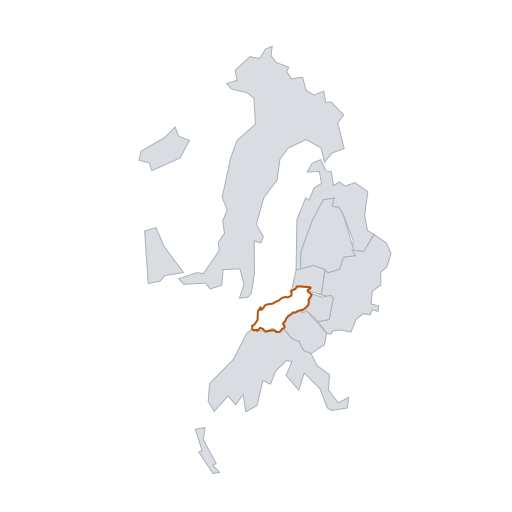 Albania highlighted among its neighbors, rotated 61°
{"feature_id": "ALB", "entity_name": "Albania", "entity_type": "country or territory", "adm_level": 0, "iso_a3": "ALB", "parent_name": "Europe", "parent_adm1": "", "projection": "mercator", "projection_center": [20.103, 41.151], "detail": "fine", "context": "with_neighbors", "style": "outline", "palette": "amber", "viewbox_px": 512, "rotation_deg": 61, "n_neighbors": 8, "source": "natural_earth", "source_scale": "50m", "svg_char_len": 4806}
<svg xmlns="http://www.w3.org/2000/svg" viewBox="0 0 512 512"><g transform="rotate(61 256 256)"><path d="M427.6,392.7L425.4,399.1L399.7,401.0L399.9,397.4L378.1,393.1L381.4,383.8L391.1,391.2L418.3,391.5L417.9,395.3L427.6,392.7ZM368.0,255.1L381.2,255.8L395.5,249.3L408.1,257.6L424.3,255.4L424.5,243.5L433.2,249.8L427.7,264.7L423.4,267.3L403.3,264.4L381.6,270.5L394.0,283.7L375.0,287.5L365.6,275.5L362.2,280.6L366.2,294.6L375.1,305.4L368.4,310.4L387.2,327.6L387.4,340.4L370.9,334.4L376.2,345.9L364.9,348.3L371.6,367.9L359.8,368.2L345.1,358.5L335.3,325.5L319.2,301.9L318.0,295.4L326.3,284.1L327.4,276.5L333.2,273.1L333.5,266.9L345.2,264.8L352.0,259.6L361.7,260.1L368.0,255.1Z" fill="#d9dde1" stroke="#a8b0b8" stroke-width="1"/><path d="M254.0,127.0L273.0,141.2L287.8,146.2L294.4,142.3L304.4,159.5L297.6,169.0L289.5,163.4L261.8,159.6L253.5,160.1L249.6,165.4L243.2,159.6L239.5,170.0L273.8,214.4L289.6,223.6L287.7,227.7L244.2,202.7L229.2,184.4L232.8,182.6L224.6,172.1L224.3,163.5L212.8,159.6L207.4,170.5L202.1,162.0L203.1,152.8L215.6,153.6L218.8,149.3L231.9,154.0L231.8,146.9L238.0,144.2L239.8,133.9L254.0,127.0Z" fill="#d9dde1" stroke="#a8b0b8" stroke-width="1"/><path d="M144.7,116.8L155.5,120.6L157.6,115.6L175.2,111.0L179.2,120.1L204.8,126.8L202.8,139.6L207.1,150.5L192.9,146.7L178.4,155.8L177.2,175.5L183.0,188.2L199.8,200.7L208.7,220.9L228.6,240.4L242.6,240.2L246.9,245.5L241.9,250.3L271.0,266.1L286.3,278.3L288.2,282.7L284.9,291.0L274.9,280.2L259.4,276.3L251.9,291.4L264.8,300.0L262.7,312.0L255.3,313.4L245.7,332.9L238.3,334.6L242.0,315.5L245.9,310.6L233.4,285.5L226.0,282.6L220.8,272.5L209.3,268.2L201.6,258.7L188.4,257.2L158.1,230.8L145.9,216.8L140.4,192.5L117.0,181.4L108.7,184.7L98.4,196.3L91.0,198.1L93.1,187.3L83.4,184.2L78.8,164.7L85.0,157.0L79.7,147.5L80.5,140.2L88.1,145.7L96.7,144.5L106.7,135.8L109.8,139.9L118.3,139.0L122.2,128.6L135.4,131.9L143.3,127.5L144.7,116.8ZM203.6,331.8L235.4,327.3L228.9,345.1L231.6,352.1L227.8,363.6L180.2,341.3L182.7,329.7L203.6,331.8ZM113.8,265.5L122.7,258.2L133.4,274.9L130.9,305.7L122.8,304.2L115.5,311.9L108.7,305.8L108.0,277.8L104.0,264.3L113.8,265.5Z" fill="#d9dde1" stroke="#a8b0b8" stroke-width="1"/><path d="M289.6,223.6L273.8,214.4L252.1,189.5L239.5,170.0L243.2,159.6L249.6,165.4L253.5,160.1L261.8,159.6L304.0,168.9L299.6,180.0L308.2,189.5L305.6,201.2L292.2,210.2L289.6,223.6Z" fill="#d9dde1" stroke="#a8b0b8" stroke-width="1"/><path d="M357.8,231.6L366.8,239.3L368.0,255.1L361.7,260.1L352.0,259.6L345.2,264.8L333.5,266.9L326.1,261.1L323.6,250.9L328.9,238.1L357.8,231.6Z" fill="#d9dde1" stroke="#a8b0b8" stroke-width="1"/><path d="M294.4,142.3L308.1,135.6L319.3,136.7L328.9,146.8L330.9,154.9L341.8,160.9L343.2,171.3L353.6,178.6L359.2,173.0L363.6,176.1L359.5,180.3L362.8,184.7L358.4,190.3L360.0,199.3L368.6,209.9L361.8,217.6L358.8,225.3L360.8,228.2L357.8,231.6L343.5,233.4L347.0,222.8L329.9,208.5L319.9,219.7L321.4,217.6L301.4,202.3L305.6,201.2L308.2,189.5L299.6,180.0L304.0,168.9L297.6,169.0L304.4,159.5L294.4,142.3Z" fill="#d9dde1" stroke="#a8b0b8" stroke-width="1"/><path d="M321.4,217.6L311.8,227.3L310.6,222.7L302.9,234.6L304.1,242.3L287.7,227.7L292.2,210.2L301.4,202.3L321.4,217.6Z" fill="#d9dde1" stroke="#a8b0b8" stroke-width="1"/><path d="M325.9,242.8L324.7,234.1L316.6,225.1L324.2,217.9L326.7,209.8L329.9,208.5L347.0,222.8L343.5,233.4L328.9,238.1L328.1,243.0L325.9,242.8Z" fill="#d9dde1" stroke="#a8b0b8" stroke-width="1"/><path d="M303.6,242.5L303.6,241.3L303.9,239.4L303.8,238.7L303.9,237.7L303.4,236.2L302.5,235.2L303.3,233.3L304.6,231.1L305.8,229.3L307.2,227.5L308.1,225.7L309.2,224.1L310.0,223.7L310.5,224.0L310.7,224.7L310.6,226.7L310.9,227.3L311.5,227.8L312.8,227.6L314.2,227.1L316.1,226.1L316.5,226.1L317.2,226.7L318.6,229.1L319.6,231.2L321.5,231.9L322.6,232.7L324.0,233.9L324.7,235.2L325.6,239.0L325.7,241.3L325.4,242.4L325.2,242.6L324.3,246.4L324.5,248.3L324.5,249.5L323.8,250.0L323.3,250.8L324.1,253.9L324.0,255.2L324.0,256.7L325.5,260.1L326.3,261.2L327.0,261.7L328.0,264.9L328.5,265.4L330.9,265.1L332.0,265.4L332.4,266.2L332.5,266.7L332.4,268.5L333.0,269.8L333.7,271.2L333.7,272.1L333.2,273.5L332.3,275.1L331.1,275.7L329.7,276.2L329.1,277.5L328.7,278.8L328.1,279.8L327.8,280.9L327.2,283.1L327.1,283.9L326.1,284.7L324.7,285.0L323.5,285.1L322.6,285.5L322.2,286.2L321.4,286.8L320.9,287.1L320.9,287.8L321.5,289.2L322.1,290.3L322.1,291.2L321.8,291.5L320.8,291.4L320.6,291.7L320.5,292.7L320.2,293.6L319.8,294.1L319.0,294.7L317.7,294.5L316.4,293.6L315.7,293.4L315.3,293.4L315.2,291.3L314.7,289.6L312.7,285.6L306.1,281.7L304.6,280.0L303.9,278.5L303.2,277.1L303.9,277.1L304.5,277.4L305.3,277.9L305.7,277.2L305.3,275.6L303.6,272.1L303.5,271.1L304.3,268.1L305.7,264.7L305.6,260.6L306.0,257.6L305.6,255.5L305.3,253.1L306.3,249.8L307.2,249.0L307.7,247.9L307.8,244.4L305.8,242.8L303.6,242.5Z" fill="none" stroke="#b45309" stroke-width="2"/></g></svg>